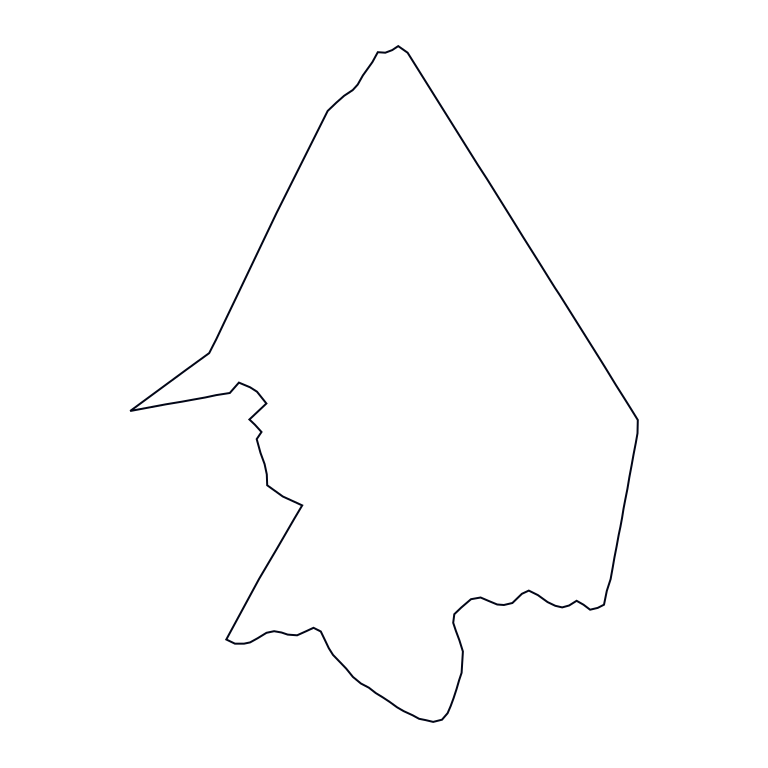 São Pedro da Aldeia, Rio de Janeiro, Brazil (Natural Earth projection)
{"feature_id": "56859067B72272137778609", "entity_name": "São Pedro da Aldeia", "entity_type": "district", "adm_level": 2, "iso_a3": "BRA", "parent_name": "Brazil", "parent_adm1": "Rio de Janeiro", "projection": "natural_earth1", "projection_center": [-42.128, -22.782], "detail": "fine", "context": "isolated", "style": "outline", "palette": "ink", "viewbox_px": 768, "rotation_deg": 0, "n_neighbors": 0, "source": "geoboundaries", "source_scale": "gbopen_adm2", "svg_char_len": 1749}
<svg xmlns="http://www.w3.org/2000/svg" viewBox="0 0 768 768"><path d="M130.2,411.0L166.0,404.3L181.8,401.7L193.3,399.6L205.1,397.5L216.3,395.1L229.8,393.0L238.9,382.6L250.1,387.3L257.0,391.7L266.4,403.5L249.4,419.5L254.8,424.6L261.5,432.0L256.7,439.1L260.5,452.9L264.6,464.1L266.8,474.4L267.2,485.3L282.8,496.5L302.2,505.4L294.3,518.7L285.5,533.9L276.8,548.9L259.2,578.7L226.3,639.5L235.0,643.7L243.9,643.7L250.1,642.4L257.7,638.2L266.5,632.8L274.1,631.2L281.5,632.5L287.7,634.6L297.1,635.3L306.2,631.2L313.5,627.8L320.8,631.5L324.9,640.0L328.8,648.2L333.0,654.9L338.6,660.7L346.2,668.6L352.9,676.9L360.9,683.5L368.9,687.7L375.8,693.1L382.7,697.3L389.5,701.8L397.1,707.3L403.6,711.1L412.7,715.3L419.1,718.8L425.6,720.1L433.2,721.9L442.0,719.7L447.6,713.2L450.7,706.0L453.6,698.1L456.6,688.9L459.1,680.3L461.6,672.8L462.9,651.5L459.4,640.3L455.9,630.9L453.2,622.8L454.3,614.2L461.2,607.6L471.0,599.2L480.6,597.5L488.3,600.8L497.2,604.5L503.9,605.0L512.4,603.0L521.9,593.8L528.8,590.6L537.9,595.1L547.6,602.1L555.3,605.8L562.2,607.4L569.1,605.5L576.6,600.8L583.5,604.7L590.1,609.7L597.7,607.9L604.0,604.7L606.8,590.9L610.6,579.2L612.7,567.6L614.4,557.7L616.6,546.5L618.7,534.9L620.4,526.9L622.1,517.7L623.5,508.9L625.3,499.5L627.4,489.0L629.4,477.0L631.6,465.4L633.6,454.2L635.8,442.9L637.5,433.3L637.8,420.0L631.2,409.3L623.8,397.5L616.0,385.2L605.8,368.5L600.9,360.6L559.9,295.3L555.0,287.9L550.1,280.1L539.9,263.7L523.2,237.2L511.4,218.1L487.0,179.0L477.9,165.0L407.6,52.7L398.2,46.1L392.2,50.1L385.3,52.7L377.8,52.2L372.4,62.1L362.9,75.4L357.7,84.6L352.8,90.0L344.1,95.8L336.4,102.6L327.7,110.9L276.5,213.1L236.5,296.9L224.5,321.9L216.2,339.4L212.7,346.2L209.2,353.1L186.2,369.8L130.2,411.0Z" fill="none" stroke="#020617" stroke-width="2"/></svg>